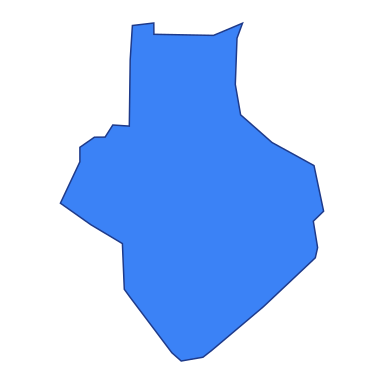 the district of Casey, Kentucky, United States of America
{"feature_id": "52423323B59242222872461", "entity_name": "Casey", "entity_type": "district", "adm_level": 2, "iso_a3": "USA", "parent_name": "United States of America", "parent_adm1": "Kentucky", "projection": "equal_earth", "projection_center": [-84.951, 37.325], "detail": "fine", "context": "isolated", "style": "filled", "palette": "blue", "viewbox_px": 384, "rotation_deg": 0, "n_neighbors": 0, "source": "geoboundaries", "source_scale": "gbopen_adm2", "svg_char_len": 503}
<svg xmlns="http://www.w3.org/2000/svg" viewBox="0 0 384 384"><path d="M112.8,125.0L105.1,137.1L94.4,137.2L79.9,147.3L79.9,161.8L60.4,203.2L90.8,224.7L122.4,243.6L124.3,289.3L130.2,297.4L171.9,352.8L181.2,361.0L203.0,357.2L211.8,350.3L263.3,306.8L315.3,257.8L317.6,247.6L313.3,221.2L323.6,211.2L314.0,165.6L272.0,142.5L240.6,114.8L235.3,84.4L237.0,38.2L242.5,23.2L213.5,35.4L153.9,34.3L153.8,23.0L132.4,25.5L130.2,59.7L129.3,126.1L112.8,125.0Z" fill="#3b82f6" stroke="#1e3a8a" stroke-width="1.5"/></svg>